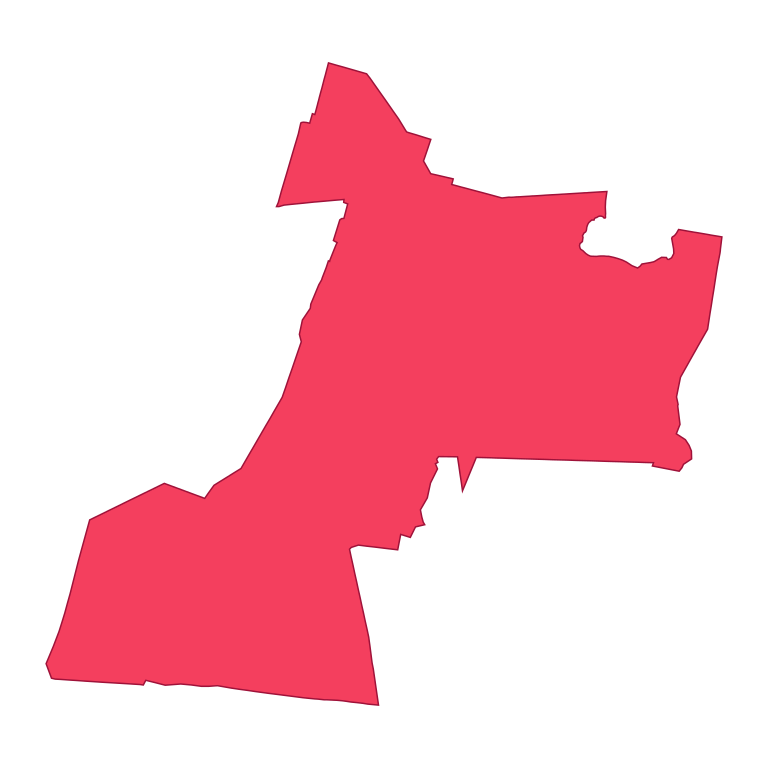 Temamatla, México, Mexico (Mercator projection)
{"feature_id": "50627088B72958492405595", "entity_name": "Temamatla", "entity_type": "district", "adm_level": 2, "iso_a3": "MEX", "parent_name": "Mexico", "parent_adm1": "México", "projection": "mercator", "projection_center": [-98.878, 19.192], "detail": "fine", "context": "isolated", "style": "filled", "palette": "rose", "viewbox_px": 768, "rotation_deg": 0, "n_neighbors": 0, "source": "geoboundaries", "source_scale": "gbopen_adm2", "svg_char_len": 5244}
<svg xmlns="http://www.w3.org/2000/svg" viewBox="0 0 768 768"><path d="M407.1,132.1L406.6,131.9L405.3,129.9L402.2,124.8L398.9,119.4L398.6,118.9L392.6,110.4L391.8,109.2L388.3,104.2L384.9,99.3L381.2,94.1L373.6,83.3L372.6,81.9L372.3,81.4L370.5,78.9L370.2,78.4L368.6,76.4L366.6,73.8L359.0,71.6L351.3,69.4L343.7,67.2L336.1,65.1L328.5,62.9L327.9,65.1L327.5,66.8L327.0,68.6L326.4,70.9L325.4,74.8L324.5,78.0L323.9,80.2L323.1,83.4L322.7,84.9L322.1,87.3L321.5,89.5L320.7,92.3L320.2,94.2L319.4,97.2L318.5,100.8L317.9,102.9L317.4,105.0L315.8,111.0L314.8,114.5L312.4,113.7L309.7,123.2L306.6,122.5L304.7,122.3L303.5,122.2L302.7,122.3L301.9,122.4L301.2,122.7L300.8,123.0L298.5,133.2L298.4,133.7L295.7,142.8L295.0,145.1L293.9,148.8L291.9,155.6L289.3,164.5L286.7,173.4L284.1,182.1L281.5,190.8L278.3,202.5L276.5,206.6L278.9,206.6L284.1,205.1L291.6,204.3L303.0,203.2L314.4,202.0L317.2,201.8L328.5,200.8L336.4,200.1L344.0,199.5L343.7,202.4L347.7,203.9L343.9,218.4L341.6,218.6L339.8,219.9L336.6,230.2L333.4,240.5L337.1,242.6L335.9,245.2L333.8,250.3L330.0,259.9L329.9,260.2L329.6,261.4L328.4,260.9L326.2,267.6L322.3,277.7L321.6,279.9L318.8,284.8L314.8,294.5L310.8,304.1L310.3,308.3L302.4,320.0L299.5,333.8L299.4,334.4L301.3,341.8L298.3,350.5L295.3,359.3L292.3,368.1L288.9,377.8L285.6,387.6L282.2,397.3L278.1,404.4L274.0,411.5L269.9,418.7L265.7,425.8L261.6,432.9L257.5,440.0L253.4,447.1L249.2,454.3L245.1,461.4L241.0,468.5L234.2,472.7L227.5,476.9L220.7,481.1L214.0,485.3L208.3,493.2L204.7,498.4L192.6,493.9L164.3,483.4L127.0,501.6L89.7,519.9L84.1,540.2L78.5,560.6L74.3,577.2L70.1,593.8L67.4,603.4L64.8,613.0L62.0,622.1L59.1,631.3L56.2,638.9L53.3,646.5L49.7,655.1L46.1,663.7L51.5,678.2L55.2,679.1L60.6,679.4L69.2,680.0L76.9,680.5L85.1,681.1L92.9,681.6L101.9,682.2L115.3,683.0L118.7,683.2L127.0,683.7L139.9,684.5L143.3,685.0L145.8,680.3L155.5,682.7L165.2,685.2L180.7,684.0L191.7,685.0L193.9,685.3L201.3,686.3L208.9,686.3L215.7,685.8L217.6,685.7L231.4,688.1L239.5,689.3L247.7,690.4L255.8,691.6L261.0,692.3L269.1,693.4L277.2,694.4L285.8,695.5L294.4,696.6L302.9,697.7L314.7,698.9L318.0,699.1L324.3,699.8L327.1,699.8L337.4,700.3L342.7,700.8L347.0,701.4L350.8,702.0L356.9,702.6L362.9,703.3L367.8,704.1L378.5,705.1L377.2,696.1L375.9,687.1L374.6,678.0L373.3,669.0L372.1,663.0L371.0,654.4L369.9,645.8L368.7,637.1L367.0,629.1L365.2,621.1L363.5,613.1L361.7,605.1L360.0,597.1L358.2,589.1L356.5,581.2L354.7,573.2L353.0,565.2L351.2,557.2L349.5,549.2L351.3,547.4L358.4,545.1L366.2,546.1L376.0,547.2L385.7,548.4L397.7,549.8L400.7,534.4L410.3,537.4L415.5,526.9L424.7,524.7L423.2,522.1L421.8,517.0L420.4,509.8L427.3,497.9L430.5,483.0L436.0,471.9L437.5,468.9L435.4,463.7L437.9,462.4L436.6,459.2L438.6,456.6L449.2,456.7L457.5,456.8L458.8,465.3L460.0,473.8L461.3,482.3L462.5,490.8L466.0,482.4L469.4,474.1L472.9,465.7L476.3,457.4L491.6,457.8L496.3,458.0L501.2,458.1L509.8,458.4L519.4,458.7L530.2,459.0L544.4,459.4L552.3,459.7L560.2,459.9L568.1,460.1L575.9,460.4L583.8,460.6L591.7,460.8L606.0,461.3L612.9,461.5L621.0,461.7L629.1,462.0L637.3,462.2L645.4,462.5L653.5,462.7L652.4,466.0L679.2,471.2L681.9,467.8L683.5,464.3L691.6,458.9L691.4,451.0L689.1,445.4L685.4,439.7L676.3,433.8L680.0,424.4L677.7,405.8L678.1,404.5L676.5,396.9L678.5,387.0L680.5,377.2L685.1,369.0L689.7,360.8L689.9,360.4L696.8,348.2L697.5,346.9L702.5,338.1L707.6,329.2L708.8,321.3L710.0,313.4L711.3,305.5L712.5,297.6L713.8,289.7L715.0,281.8L716.2,274.0L717.5,266.1L720.0,253.0L720.3,250.8L720.4,249.3L721.9,236.9L717.8,236.2L714.1,235.6L710.5,235.0L708.5,234.6L696.2,232.5L694.7,232.3L686.6,230.9L678.6,229.5L677.1,232.1L676.6,233.0L676.0,233.8L674.5,235.6L672.3,237.0L672.0,237.6L671.7,238.3L673.6,249.0L673.8,253.5L671.6,257.8L669.7,258.9L669.1,259.4L667.5,259.3L666.4,257.5L661.6,257.3L660.2,258.1L658.0,259.3L655.3,261.0L653.7,261.8L650.2,262.6L641.9,264.0L641.0,265.1L640.1,266.2L637.6,268.0L632.0,265.7L631.4,265.3L626.5,262.1L625.7,261.7L624.5,261.1L622.4,260.1L619.2,259.0L617.7,258.5L613.8,257.4L608.8,256.3L607.0,256.3L603.8,256.0L601.4,256.0L599.0,256.1L597.5,256.3L596.2,256.4L590.6,256.2L588.3,255.2L585.9,253.6L582.9,250.7L580.7,249.3L579.9,247.7L579.5,245.7L580.0,243.5L581.5,242.4L582.4,241.5L583.0,237.2L582.8,236.7L582.5,235.8L583.4,234.1L583.9,233.3L584.0,233.0L585.5,232.0L585.9,231.4L586.3,230.6L586.6,229.0L586.7,227.7L587.2,225.9L587.8,224.3L588.8,222.6L591.6,220.1L594.1,220.0L594.4,218.9L594.6,218.5L595.0,218.2L595.6,217.7L596.0,217.7L596.8,217.5L597.6,216.9L598.0,216.7L598.8,216.3L599.7,216.1L600.8,216.1L601.9,216.3L603.1,216.9L603.9,217.9L604.2,217.9L604.8,218.1L605.3,217.9L605.5,217.5L605.5,216.7L605.4,215.9L605.6,213.7L605.3,207.1L605.6,200.7L606.9,191.5L591.9,192.4L588.5,192.6L586.4,192.8L585.1,192.8L578.9,193.2L573.9,193.5L570.7,193.7L566.0,194.0L562.2,194.2L557.8,194.5L551.8,194.8L546.7,195.1L541.1,195.5L534.7,195.9L531.8,196.0L529.6,196.2L526.0,196.4L522.7,196.6L519.6,196.8L516.6,196.9L514.3,197.1L513.3,197.2L511.3,197.3L508.8,197.2L502.0,198.0L492.2,195.3L483.3,192.9L474.2,190.5L471.2,189.7L464.9,188.0L461.0,187.0L457.4,186.0L451.7,184.5L452.5,181.7L453.2,178.9L447.2,177.5L441.2,176.1L436.9,175.1L430.7,173.7L428.0,168.9L425.5,164.5L423.5,161.0L427.2,150.2L430.8,139.4L424.9,137.6L416.3,134.9L408.5,132.6L407.1,132.1Z" fill="#f43f5e" stroke="#9f1239" stroke-width="1.5"/></svg>